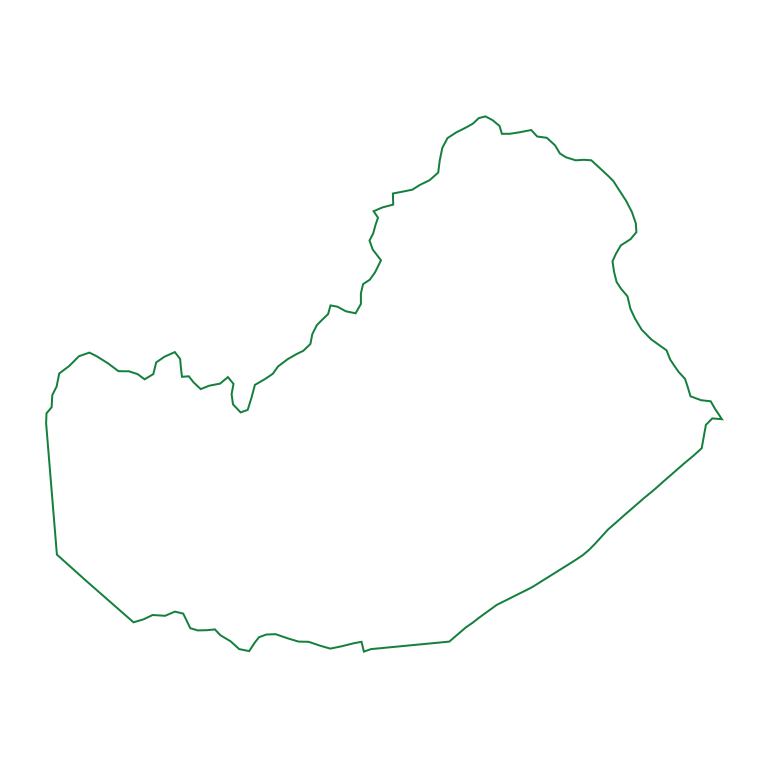 Gavião, Bahia, Brazil (Robinson projection)
{"feature_id": "56859067B94614282222955", "entity_name": "Gavião", "entity_type": "district", "adm_level": 2, "iso_a3": "BRA", "parent_name": "Brazil", "parent_adm1": "Bahia", "projection": "robinson", "projection_center": [-39.754, -11.493], "detail": "fine", "context": "isolated", "style": "outline", "palette": "green", "viewbox_px": 768, "rotation_deg": 0, "n_neighbors": 0, "source": "geoboundaries", "source_scale": "gbopen_adm2", "svg_char_len": 2251}
<svg xmlns="http://www.w3.org/2000/svg" viewBox="0 0 768 768"><path d="M371.0,649.1L449.3,641.6L466.1,627.2L472.8,622.6L478.8,617.9L496.7,604.9L531.9,587.3L574.1,560.9L583.0,555.0L589.4,549.5L594.9,543.9L602.9,535.1L608.1,529.4L616.3,522.3L623.0,516.3L634.2,506.6L644.2,497.9L653.5,490.3L664.0,481.0L684.5,463.1L693.8,455.4L701.7,448.2L705.9,424.9L712.3,418.4L721.9,419.2L714.9,408.6L710.7,401.3L701.0,400.2L690.5,396.3L687.6,386.6L685.0,378.8L678.7,372.0L674.5,366.0L670.1,359.4L666.6,350.4L659.9,345.6L651.1,339.3L641.6,329.6L634.9,318.4L630.4,308.7L627.5,296.4L621.1,288.8L616.6,282.0L614.1,272.0L612.5,261.4L615.9,253.8L620.8,245.4L630.6,239.1L636.4,232.1L635.8,223.3L631.9,212.0L626.1,200.8L619.4,190.5L613.3,181.0L608.2,175.9L600.9,169.1L591.3,160.3L583.9,159.8L575.6,160.3L566.0,157.3L559.9,153.5L555.1,145.4L546.8,137.8L537.2,136.5L531.2,130.0L520.0,132.2L509.8,133.8L501.9,133.8L499.5,125.9L492.6,120.2L485.5,116.4L478.8,118.1L472.8,123.7L466.6,127.2L456.1,132.5L447.5,138.1L442.3,147.9L439.7,160.7L438.2,172.6L429.6,180.2L419.9,184.9L412.3,189.7L402.3,191.7L392.9,193.5L393.2,204.6L382.5,207.4L373.6,211.2L378.0,217.7L375.5,225.0L373.2,233.4L369.5,240.5L372.7,249.5L381.0,260.3L375.1,272.2L369.8,279.7L363.1,284.1L360.9,293.4L360.9,304.0L355.6,313.3L345.9,311.3L337.4,306.7L330.5,305.4L328.1,314.1L322.1,319.8L316.8,325.2L312.3,334.2L310.4,344.0L303.3,350.8L296.3,354.2L287.6,359.2L278.0,366.5L272.8,373.8L264.6,379.3L254.9,384.9L251.5,397.7L247.7,409.9L240.6,412.4L233.0,404.3L231.6,394.2L233.5,383.9L227.9,377.1L220.1,383.6L209.2,385.7L200.7,389.1L193.5,382.3L188.8,376.3L182.0,376.8L181.0,368.7L180.1,358.9L174.8,352.1L164.5,356.7L156.2,362.4L153.3,374.1L144.6,379.3L137.6,374.1L128.9,371.3L118.5,371.2L107.8,363.2L96.6,356.2L89.4,352.6L79.0,356.2L69.2,366.0L59.2,373.5L56.6,386.6L52.3,395.0L51.6,407.3L46.5,413.3L46.1,423.2L56.9,554.6L86.1,580.8L133.5,622.3L143.6,619.3L152.6,615.0L165.1,615.8L174.9,611.6L183.2,613.6L190.3,628.2L197.7,630.4L207.0,630.2L214.9,629.4L220.5,635.3L230.6,641.3L239.2,649.1L249.2,651.1L254.4,643.1L259.0,637.2L266.4,634.5L275.7,634.2L287.6,638.3L298.5,641.6L308.6,641.8L319.8,645.6L330.2,648.6L340.7,646.5L354.5,643.1L361.5,641.8L363.9,651.6L371.0,649.1Z" fill="none" stroke="#15803d" stroke-width="2"/></svg>